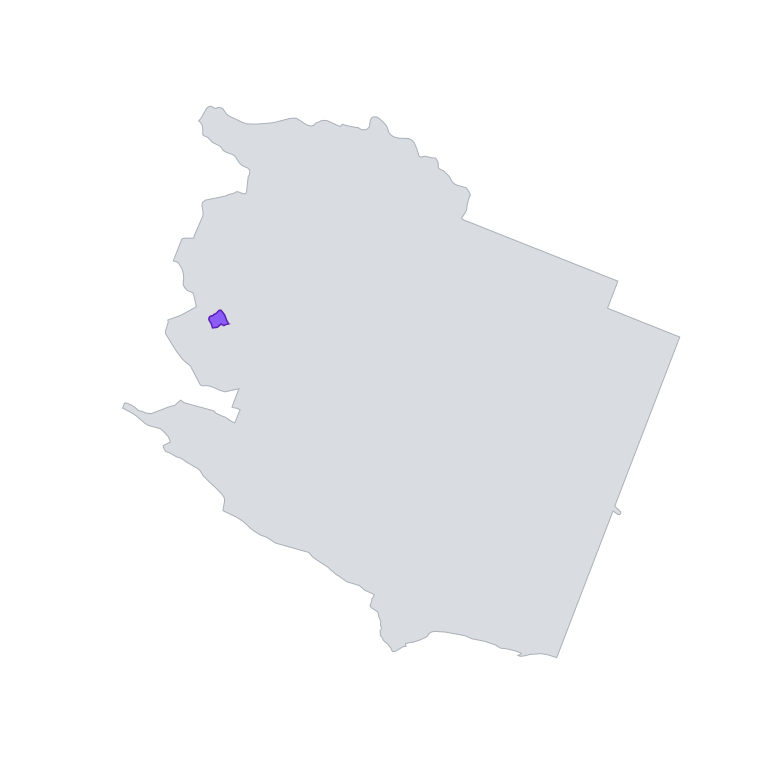 location of Um Durein, South Kordufan, Sudan, rotated 111°
{"feature_id": "16777658B25432504907328", "entity_name": "Um Durein", "entity_type": "district", "adm_level": 2, "iso_a3": "SDN", "parent_name": "Sudan", "parent_adm1": "South Kordufan", "projection": "equal_earth", "projection_center": [30.166, 10.926], "detail": "fine", "context": "in_parent", "style": "filled", "palette": "violet", "viewbox_px": 768, "rotation_deg": 111, "n_neighbors": 0, "source": "geoboundaries", "source_scale": "gbopen_adm2", "svg_char_len": 4877}
<svg xmlns="http://www.w3.org/2000/svg" viewBox="0 0 768 768"><g transform="rotate(111 384 384)"><path d="M500.2,619.4L494.7,619.4L494.1,617.6L494.1,612.8L494.8,609.2L496.8,603.4L496.2,600.2L496.5,595.7L495.0,590.6L481.7,575.8L479.1,571.8L471.9,568.1L473.1,563.9L470.1,533.7L471.5,530.3L471.9,525.0L471.9,520.3L473.6,512.6L473.7,509.4L459.6,509.1L459.4,512.5L460.1,516.2L460.1,517.6L440.4,517.8L448.3,529.6L448.7,534.7L448.3,541.2L448.4,545.4L448.8,548.1L450.9,553.4L450.8,554.3L450.3,555.6L436.4,571.4L434.1,578.7L432.2,582.5L428.2,589.0L415.4,605.9L413.3,607.0L403.6,607.6L402.6,608.0L401.9,608.8L401.5,608.6L393.1,598.7L379.1,586.8L369.8,593.0L367.3,595.3L367.2,601.0L365.9,603.9L363.4,607.1L356.5,609.1L352.9,610.9L348.7,614.1L344.5,619.5L344.2,622.3L344.7,624.8L321.0,624.7L319.4,622.7L316.0,613.8L313.6,614.3L292.1,613.3L289.0,614.2L282.8,617.9L279.7,618.5L276.5,616.8L265.2,599.2L262.8,597.1L260.2,592.9L257.8,591.1L257.0,589.8L256.8,587.9L256.9,584.0L256.1,581.6L254.3,581.1L239.0,585.1L236.9,584.7L233.7,585.4L232.5,586.1L231.2,588.4L231.0,593.3L230.6,595.7L229.4,598.3L225.0,604.3L224.1,606.9L224.2,613.5L223.9,616.8L223.3,618.3L221.4,620.8L220.7,622.3L219.9,630.7L217.4,635.8L216.9,637.6L216.7,641.3L216.3,642.4L209.4,645.3L206.8,647.2L205.2,650.0L204.8,651.3L201.9,650.2L198.1,649.5L190.9,648.6L188.1,647.3L186.7,645.3L187.2,640.2L186.5,639.1L185.3,638.2L184.6,635.9L184.7,633.3L188.6,627.4L189.4,624.2L190.5,609.4L190.2,604.9L187.3,596.7L180.5,582.4L178.8,579.6L170.3,567.8L169.3,566.1L167.2,561.1L169.6,550.2L169.8,547.2L169.2,544.1L167.1,541.8L165.1,541.5L162.6,538.6L161.0,537.3L159.5,534.8L158.5,531.2L159.4,518.4L158.9,516.7L156.7,516.2L156.2,515.3L156.3,512.9L155.2,505.6L153.9,499.6L154.7,496.3L152.9,491.7L149.4,489.8L142.5,491.3L140.3,491.0L138.9,490.2L137.9,488.5L137.3,486.5L137.9,483.6L139.9,478.2L142.4,473.7L147.4,469.7L148.7,467.5L149.5,465.1L149.7,462.4L149.4,459.5L148.8,456.8L147.4,453.3L146.1,449.2L146.1,446.4L146.8,444.4L148.1,442.0L153.1,437.3L158.2,433.4L159.0,432.1L158.8,430.4L156.5,427.2L155.8,421.0L154.6,416.7L157.2,413.4L159.1,412.2L162.0,411.2L163.2,409.8L163.6,407.2L163.5,404.7L164.6,402.9L166.1,398.9L167.2,397.1L171.1,392.4L172.0,389.4L172.3,386.5L171.3,377.8L173.6,374.1L176.5,371.1L180.5,371.3L186.8,370.6L191.1,369.4L194.2,369.4L201.2,371.0L201.9,370.3L202.3,368.0L204.2,202.5L232.9,202.5L233.2,202.2L234.2,124.7L414.1,124.8L415.6,124.5L418.4,117.3L419.6,116.7L421.4,117.1L422.0,118.8L420.6,124.7L577.6,124.7L578.0,133.5L579.4,140.6L584.1,150.7L587.9,156.1L589.3,159.1L589.5,160.5L589.3,161.8L588.2,160.3L586.2,159.3L586.0,164.1L587.1,173.8L588.8,180.6L587.7,186.9L588.1,197.6L590.3,210.4L590.0,218.6L593.6,237.8L596.9,248.4L598.7,251.0L600.7,252.4L604.5,253.3L610.2,258.8L614.8,264.5L616.4,267.5L618.6,270.8L620.1,270.2L620.9,269.3L622.4,272.0L629.6,277.7L630.7,280.4L628.2,283.0L625.3,287.5L624.0,291.7L623.2,293.0L620.9,295.6L620.5,296.9L619.5,297.7L618.4,297.8L616.0,299.2L613.9,298.7L611.7,299.5L610.9,300.5L609.2,301.4L606.8,301.9L603.2,305.4L600.0,307.1L598.9,308.6L597.4,315.6L596.2,317.5L591.4,317.7L589.1,318.3L585.9,317.5L584.4,317.6L584.0,319.1L583.5,325.2L583.6,327.7L581.0,334.7L582.0,347.6L579.5,357.3L579.2,359.6L576.6,367.3L575.3,370.1L572.2,384.5L570.9,389.0L568.2,393.6L571.4,428.3L569.1,438.9L569.3,444.8L567.7,453.3L566.4,457.3L564.3,462.1L562.5,467.4L561.1,474.5L560.1,487.9L559.6,489.1L551.2,490.7L548.5,491.7L546.7,493.2L544.6,496.6L540.3,506.0L538.1,511.8L534.6,519.7L530.4,525.3L529.6,528.1L528.9,533.1L527.5,541.1L526.1,546.9L526.4,551.4L525.1,559.4L525.3,563.3L523.9,565.5L521.9,567.5L520.6,568.0L514.6,562.7L510.5,566.4L507.9,571.5L505.9,576.8L507.1,587.8L507.0,590.2L506.5,592.9L502.6,603.7L501.5,608.7L500.3,617.3L500.2,619.4Z" fill="#d9dde1" stroke="#a8b0b8" stroke-width="1"/><path d="M382.9,570.3L383.3,570.6L383.7,570.9L383.9,570.8L384.2,570.8L384.5,571.0L384.9,571.0L385.2,571.0L385.6,570.9L385.9,570.6L386.2,570.7L386.4,570.5L386.5,570.5L386.5,570.4L386.8,570.4L387.1,570.2L387.7,569.4L388.0,569.0L388.3,568.6L388.6,568.2L389.3,567.3L389.3,567.2L389.6,566.9L391.5,565.4L392.3,564.8L393.1,564.3L393.1,564.2L392.6,563.3L391.9,562.1L391.6,561.3L391.1,560.5L390.7,560.0L390.4,559.6L389.8,559.4L389.4,559.1L388.8,558.9L388.2,558.5L387.3,558.0L386.4,557.8L386.3,557.4L386.5,556.9L386.7,556.1L386.7,555.3L386.9,555.0L386.9,554.6L386.7,554.3L386.5,554.0L386.0,553.6L385.5,553.3L385.2,553.0L383.9,551.1L383.6,550.7L383.6,550.8L383.4,551.1L383.0,551.3L382.6,551.6L382.4,551.9L381.1,553.5L380.8,553.9L380.2,554.3L379.0,555.4L377.5,556.7L376.4,557.7L375.8,559.0L374.8,560.3L374.7,560.6L374.3,561.4L374.0,561.9L373.5,562.8L373.9,563.2L374.0,563.4L374.1,564.0L374.4,564.4L374.9,564.5L375.8,565.0L376.7,565.4L377.4,565.5L377.9,565.8L378.9,566.7L379.9,567.6L380.3,567.9L381.0,567.8L381.8,568.8L382.1,569.0L382.1,569.4L382.8,570.3L382.9,570.3Z" fill="#8b5cf6" stroke="#5b21b6" stroke-width="1.5"/></g></svg>